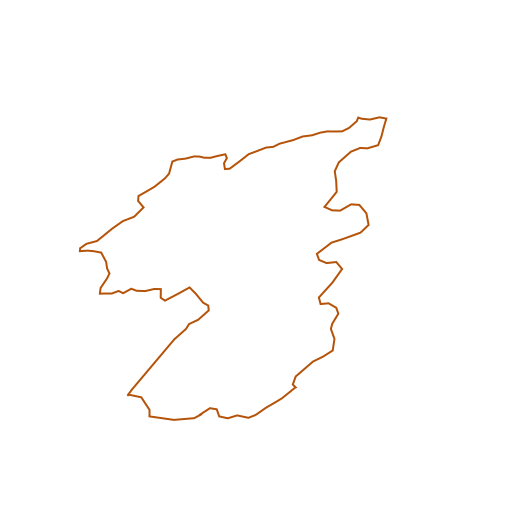 outline of Östersund, Jämtland, Sweden, rotated 320°
{"feature_id": "70781695B37612072070756", "entity_name": "Östersund", "entity_type": "district", "adm_level": 2, "iso_a3": "SWE", "parent_name": "Sweden", "parent_adm1": "Jämtland", "projection": "equal_earth", "projection_center": [14.922, 63.252], "detail": "fine", "context": "isolated", "style": "outline", "palette": "amber", "viewbox_px": 512, "rotation_deg": 320, "n_neighbors": 0, "source": "geoboundaries", "source_scale": "gbopen_adm2", "svg_char_len": 1887}
<svg xmlns="http://www.w3.org/2000/svg" viewBox="0 0 512 512"><g transform="rotate(320 256 256)"><path d="M252.6,129.9L242.4,137.0L236.1,138.0L222.8,137.7L214.4,136.3L204.6,134.5L201.1,138.0L201.1,146.5L187.8,147.6L176.6,143.7L163.4,142.6L143.8,142.3L134.0,137.7L126.3,137.0L124.2,139.1L130.5,143.7L134.7,147.9L139.6,153.9L137.4,164.2L133.9,169.9L132.5,175.2L127.6,177.4L116.4,180.6L112.2,184.5L117.1,188.4L121.3,192.0L128.3,194.5L130.3,199.1L139.4,200.9L142.2,205.9L148.5,211.6L156.9,215.9L161.8,220.2L156.2,226.7L157.6,231.7L172.3,234.9L184.9,237.4L185.6,246.0L185.5,257.9L187.6,263.3L184.8,267.3L170.8,267.7L161.0,265.1L155.4,266.9L151.5,267.0L140.6,267.3L140.5,267.2L75.4,278.5L67.8,280.3L69.7,280.8L77.3,290.5L75.5,305.5L71.3,310.4L87.8,328.8L104.4,340.5L110.6,341.8L110.2,341.3L110.3,341.4L122.9,343.0L127.4,348.2L124.7,355.2L130.1,362.2L139.1,366.0L146.2,375.1L153.4,377.5L166.5,378.7L176.8,380.5L184.5,381.7L201.7,382.0L201.9,382.1L201.6,378.1L209.0,373.8L231.8,373.5L242.9,376.2L254.0,377.7L262.8,370.0L266.5,360.0L270.9,356.9L282.0,353.1L284.2,347.3L281.2,338.9L274.6,334.3L277.5,328.2L297.4,325.5L313.6,321.3L313.6,312.2L305.5,306.8L301.8,299.6L304.0,293.5L322.4,294.3L333.4,298.8L351.1,305.3L362.2,304.6L368.0,294.3L368.0,291.1L368.0,283.3L362.1,277.6L349.6,275.3L343.7,270.0L340.0,262.4L348.1,260.9L359.1,258.7L365.7,250.0L370.8,241.7L379.6,237.5L395.8,237.1L405.3,240.2L410.5,245.1L420.8,249.6L428.9,245.1L436.2,239.8L444.2,234.5L439.8,229.2L431.0,224.7L425.1,218.7L423.3,215.7L419.8,217.5L409.6,217.7L401.9,215.8L395.9,210.8L390.7,206.4L384.7,202.9L376.6,199.6L368.5,194.4L359.0,191.1L346.2,185.1L339.4,183.5L333.4,179.4L323.1,175.9L315.9,173.3L303.5,172.9L291.9,172.2L288.1,169.4L291.1,164.4L296.6,162.3L297.9,158.4L290.2,154.3L284.2,151.5L279.5,147.4L276.6,143.5L272.7,140.0L264.6,136.1L257.8,131.6L252.6,129.9Z" fill="none" stroke="#b45309" stroke-width="2"/></g></svg>